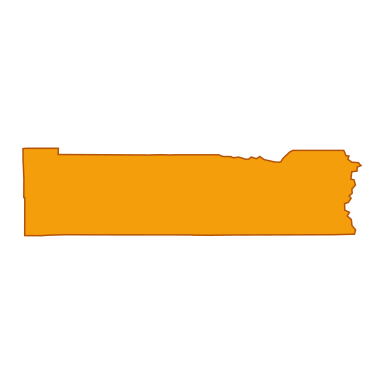 outline of Lewis, Washington, United States of America
{"feature_id": "52423323B14198169594786", "entity_name": "Lewis", "entity_type": "district", "adm_level": 2, "iso_a3": "USA", "parent_name": "United States of America", "parent_adm1": "Washington", "projection": "natural_earth1", "projection_center": [-122.076, 46.588], "detail": "fine", "context": "isolated", "style": "filled", "palette": "amber", "viewbox_px": 384, "rotation_deg": 0, "n_neighbors": 0, "source": "geoboundaries", "source_scale": "gbopen_adm2", "svg_char_len": 934}
<svg xmlns="http://www.w3.org/2000/svg" viewBox="0 0 384 384"><path d="M218.6,154.8L172.8,154.8L171.1,155.0L160.5,154.7L149.5,155.0L58.2,154.5L58.3,148.3L26.3,148.3L23.0,148.6L23.1,160.8L23.9,179.0L23.8,197.5L24.7,197.6L24.8,199.7L24.7,235.6L41.3,235.7L48.2,235.2L65.6,234.7L94.3,234.8L191.6,234.9L192.1,235.1L212.2,235.3L212.9,235.2L233.4,235.0L332.8,234.7L354.4,234.2L355.6,229.9L352.0,225.6L351.3,219.5L347.2,216.0L349.4,212.4L344.8,210.1L344.6,203.6L348.2,202.5L351.1,198.3L349.1,195.9L352.2,193.3L351.9,189.2L355.4,185.0L354.0,179.8L350.9,179.2L351.8,171.7L357.0,171.1L357.2,167.1L361.0,165.6L358.3,162.7L351.8,162.2L347.9,159.3L348.9,156.0L346.1,155.8L343.8,150.4L293.0,150.4L289.9,151.9L283.2,158.2L280.8,161.8L279.1,162.2L274.8,162.0L264.1,159.6L259.8,156.5L256.4,158.7L251.2,157.0L248.7,159.2L245.7,159.2L238.8,157.1L233.2,157.8L231.0,156.6L222.8,156.5L218.6,154.8Z" fill="#f59e0b" stroke="#b45309" stroke-width="1.5"/></svg>